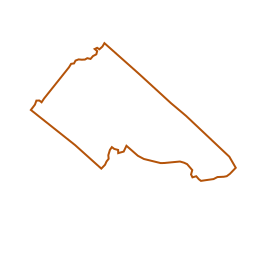 São Bento do Trairí, Rio Grande do Norte, Brazil (Albers equal-area conic projection), rotated 334°
{"feature_id": "56859067B1247516592895", "entity_name": "São Bento do Trairí", "entity_type": "district", "adm_level": 2, "iso_a3": "BRA", "parent_name": "Brazil", "parent_adm1": "Rio Grande do Norte", "projection": "albers", "projection_center": [-36.048, -6.394], "detail": "fine", "context": "isolated", "style": "outline", "palette": "amber", "viewbox_px": 256, "rotation_deg": 334, "n_neighbors": 0, "source": "geoboundaries", "source_scale": "gbopen_adm2", "svg_char_len": 885}
<svg xmlns="http://www.w3.org/2000/svg" viewBox="0 0 256 256"><g transform="rotate(334 128 128)"><path d="M86.2,152.8L91.2,151.0L94.0,148.7L97.1,147.2L98.4,143.8L102.1,139.8L105.1,138.1L106.5,140.8L109.5,143.4L108.2,146.3L113.8,147.3L118.8,143.3L121.6,149.9L124.7,157.3L128.7,162.8L141.9,173.8L145.1,175.3L160.0,180.9L163.1,183.7L165.3,186.4L167.3,194.0L164.3,197.4L164.3,200.6L168.2,201.3L169.2,205.1L170.4,207.5L175.4,209.1L182.5,211.4L186.9,211.3L192.7,213.8L195.6,214.6L199.4,213.9L207.4,211.0L206.5,198.2L204.1,191.9L185.5,142.6L177.5,124.5L161.3,83.4L144.0,41.4L140.7,43.6L136.8,44.7L135.4,42.4L132.7,42.4L134.0,45.4L131.8,47.9L128.1,48.0L124.6,49.5L122.0,47.4L119.3,47.6L116.3,46.3L113.7,44.7L110.4,44.4L107.8,46.3L105.0,45.4L101.5,47.6L65.5,64.7L61.6,67.0L60.4,64.5L57.7,63.2L54.6,66.2L48.6,69.2L73.0,120.3L86.2,152.8Z" fill="none" stroke="#b45309" stroke-width="2"/></g></svg>